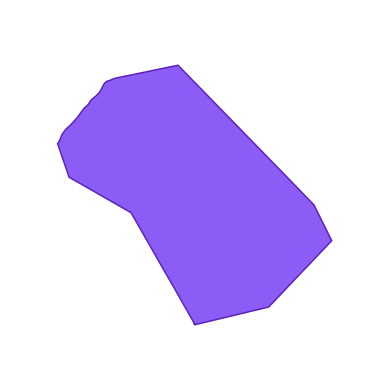 the district of Chamical, La Rioja, Argentina, rotated 63°
{"feature_id": "61730980B75694434489660", "entity_name": "Chamical", "entity_type": "district", "adm_level": 2, "iso_a3": "ARG", "parent_name": "Argentina", "parent_adm1": "La Rioja", "projection": "orthographic", "projection_center": [-66.28, -30.177], "detail": "fine", "context": "isolated", "style": "filled", "palette": "violet", "viewbox_px": 384, "rotation_deg": 63, "n_neighbors": 0, "source": "geoboundaries", "source_scale": "gbopen_adm2", "svg_char_len": 1229}
<svg xmlns="http://www.w3.org/2000/svg" viewBox="0 0 384 384"><g transform="rotate(63 192 192)"><path d="M298.8,89.6L259.0,89.2L247.6,92.7L228.6,98.5L77.6,145.4L72.7,146.9L59.6,194.7L55.7,208.8L55.6,210.0L55.5,211.3L55.4,212.5L55.3,213.8L55.2,215.0L54.9,216.3L54.7,217.5L54.8,218.7L55.2,220.0L55.7,221.1L56.3,222.2L57.1,223.2L57.9,224.2L58.6,225.2L59.3,226.2L60.0,227.3L60.7,228.4L61.3,229.5L61.8,230.6L62.1,231.8L62.5,233.0L62.9,234.2L63.2,235.4L63.5,236.7L63.7,237.9L63.9,239.1L64.4,240.3L64.9,241.4L65.6,242.5L66.3,243.6L66.9,244.7L67.2,245.9L67.6,247.1L67.9,248.3L68.2,249.5L68.7,250.7L69.2,251.8L69.8,252.9L70.3,254.1L70.9,255.2L71.5,256.3L72.0,257.4L72.7,258.5L73.2,259.6L73.7,260.8L74.2,262.0L74.6,263.1L75.1,264.3L75.6,265.5L76.0,266.6L76.4,267.8L76.9,269.0L77.3,270.2L77.6,271.4L77.9,272.6L78.2,273.8L78.6,275.0L79.0,276.2L79.5,277.4L80.1,278.5L80.6,279.6L81.2,280.7L81.9,281.8L82.6,282.8L83.4,283.7L84.3,284.7L85.1,285.6L85.9,286.6L86.7,287.6L87.4,288.6L87.8,289.8L123.1,294.8L147.1,279.0L152.5,275.5L182.8,255.7L245.0,252.7L251.7,252.4L270.9,251.4L289.3,250.6L310.1,249.6L310.0,249.9L311.5,249.9L329.3,175.8L312.5,128.5L309.8,120.6L300.7,95.0L298.8,89.6Z" fill="#8b5cf6" stroke="#5b21b6" stroke-width="1.5"/></g></svg>